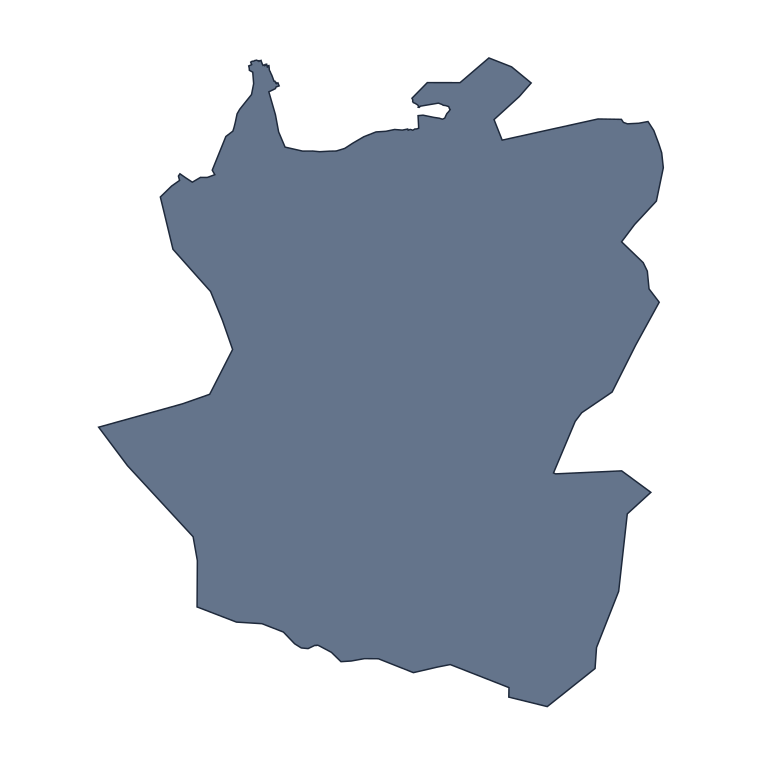 outline of Mafa, Borno, Nigeria, rotated 88°
{"feature_id": "59680162B20020413332718", "entity_name": "Mafa", "entity_type": "district", "adm_level": 2, "iso_a3": "NGA", "parent_name": "Nigeria", "parent_adm1": "Borno", "projection": "orthographic", "projection_center": [13.35, 11.959], "detail": "fine", "context": "isolated", "style": "filled", "palette": "slate", "viewbox_px": 768, "rotation_deg": 88, "n_neighbors": 0, "source": "geoboundaries", "source_scale": "gbopen_adm2", "svg_char_len": 2799}
<svg xmlns="http://www.w3.org/2000/svg" viewBox="0 0 768 768"><g transform="rotate(88 384 384)"><path d="M712.1,232.1L675.7,183.0L654.8,180.8L634.6,172.0L599.4,156.7L522.3,145.4L501.6,121.1L479.1,149.5L479.8,215.7L478.8,217.7L428.0,194.2L419.6,187.4L400.0,156.3L354.1,131.2L311.9,106.1L298.2,115.8L280.4,116.9L271.8,120.7L250.2,141.6L233.4,128.0L210.7,105.4L177.6,97.3L162.6,98.4L153.2,101.1L140.1,105.5L130.9,111.0L132.3,120.3L132.4,127.9L132.5,131.6L130.9,135.6L127.8,137.5L126.6,160.9L144.4,257.4L123.6,264.8L101.5,238.8L88.3,226.4L71.5,245.4L61.8,267.8L85.5,297.5L84.3,330.2L99.4,346.1L101.1,345.3L102.6,345.5L103.8,344.9L104.5,343.3L105.4,341.9L106.3,340.6L107.5,339.8L108.6,340.2L108.8,339.2L107.6,337.9L105.2,319.8L106.7,316.2L107.5,315.1L107.9,312.7L109.0,309.7L109.9,309.3L110.4,309.3L110.7,309.0L111.0,308.8L111.6,308.8L112.1,308.3L114.1,309.9L115.9,311.7L117.9,312.8L120.4,314.0L121.4,316.4L120.3,319.4L119.3,324.8L116.7,335.6L117.0,340.6L129.6,340.4L130.3,342.8L130.2,344.2L131.0,345.6L131.4,346.4L130.9,347.5L130.5,349.0L131.2,351.0L130.0,351.4L130.9,356.8L130.0,364.5L131.5,373.2L131.8,383.2L136.1,395.4L142.0,406.4L142.7,407.6L147.1,414.9L147.7,416.9L149.5,423.7L149.4,430.2L149.6,440.2L148.7,447.1L148.4,457.2L143.8,474.6L128.4,480.5L111.1,483.1L88.0,488.9L85.0,482.2L83.4,481.5L82.8,479.6L82.4,478.4L81.1,478.9L79.5,479.4L79.3,479.5L80.0,481.0L79.1,481.2L79.3,481.7L77.6,482.4L77.6,483.3L75.6,484.0L72.5,485.0L70.9,485.6L70.1,486.0L68.6,486.6L67.9,486.8L67.3,487.2L66.7,487.4L66.2,487.6L65.3,487.7L65.1,487.7L64.0,487.7L63.4,487.8L61.7,487.9L61.7,488.0L61.9,488.4L62.0,489.0L62.9,488.7L63.2,489.5L61.0,490.0L60.3,490.1L60.4,490.9L60.8,490.8L61.0,490.8L61.4,491.5L61.7,492.0L61.3,492.2L60.8,492.5L61.2,493.1L61.4,493.8L60.8,494.0L60.1,494.4L59.2,494.7L57.1,495.4L56.3,495.6L56.6,496.5L56.8,496.9L56.9,497.3L57.1,497.6L56.5,497.8L56.6,498.2L56.6,498.9L56.3,499.3L55.9,499.9L56.1,501.0L56.2,501.9L56.8,502.9L56.8,503.5L56.8,504.1L56.9,504.4L57.0,504.9L57.7,506.0L59.1,505.5L60.2,505.1L60.8,506.5L61.4,508.1L63.5,507.7L65.8,507.6L67.8,504.3L79.3,503.8L90.1,506.3L96.0,511.4L104.4,518.6L108.9,521.4L117.4,523.5L122.3,524.9L126.0,526.2L131.1,533.4L164.3,548.2L168.9,545.8L170.8,551.5L171.4,553.5L171.1,560.2L175.6,568.5L171.0,575.0L166.8,580.6L169.0,582.2L173.4,581.2L178.7,589.3L189.3,601.0L202.8,598.2L242.0,590.2L267.1,569.4L285.5,554.1L314.6,543.3L344.2,534.1L385.4,557.0L388.2,558.6L396.8,586.2L417.2,670.7L456.7,643.2L530.0,580.1L554.0,576.7L600.3,578.6L616.8,539.8L619.3,514.3L628.4,493.2L640.5,482.4L644.9,475.9L645.8,469.1L642.7,462.0L643.1,461.1L642.6,460.1L643.1,458.5L644.4,456.2L650.3,446.0L660.0,436.7L659.7,426.4L657.8,413.2L658.4,399.2L673.5,364.7L668.8,340.7L666.7,327.6L691.8,269.7L701.3,270.2L712.1,232.1Z" fill="#64748b" stroke="#1e293b" stroke-width="1.5"/></g></svg>